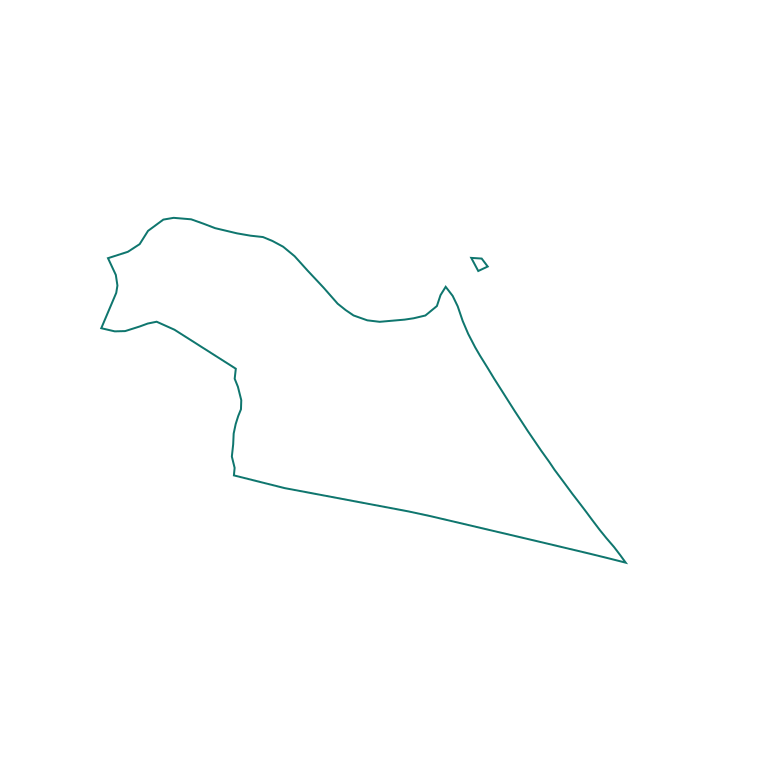 Balneário Barra do Sul, Santa Catarina, Brazil (Equal Earth projection), rotated 303°
{"feature_id": "56859067B13667370892418", "entity_name": "Balneário Barra do Sul", "entity_type": "district", "adm_level": 2, "iso_a3": "BRA", "parent_name": "Brazil", "parent_adm1": "Santa Catarina", "projection": "equal_earth", "projection_center": [-48.641, -26.454], "detail": "fine", "context": "isolated", "style": "outline", "palette": "teal", "viewbox_px": 768, "rotation_deg": 303, "n_neighbors": 0, "source": "geoboundaries", "source_scale": "gbopen_adm2", "svg_char_len": 1232}
<svg xmlns="http://www.w3.org/2000/svg" viewBox="0 0 768 768"><g transform="rotate(303 384 384)"><path d="M365.8,684.0L369.1,675.4L372.5,665.9L375.9,654.3L379.0,644.7L383.4,632.5L386.8,623.4L390.6,612.8L394.5,601.7L399.8,587.6L404.9,573.8L408.7,564.9L413.7,552.1L419.6,538.0L423.0,529.9L427.7,519.3L432.3,508.8L436.0,500.7L443.2,485.0L448.5,473.4L454.1,461.8L460.1,449.0L464.4,440.5L471.9,427.3L479.7,415.7L489.3,403.5L495.3,393.6L499.1,382.8L489.3,383.0L478.2,385.9L464.0,381.4L455.3,373.1L449.2,366.2L433.8,346.5L428.3,335.3L424.9,321.1L425.1,311.7L426.1,301.4L431.9,280.8L437.5,258.1L442.5,239.4L444.2,224.6L443.2,212.6L441.3,202.4L435.7,191.3L430.3,178.7L422.7,157.4L420.1,145.2L417.1,132.6L408.8,117.1L401.7,109.4L383.9,102.7L368.2,102.9L355.4,97.2L339.2,84.0L329.4,99.7L321.4,106.8L314.6,109.8L276.8,116.5L281.5,129.5L287.4,138.1L299.2,147.8L306.0,152.9L312.4,159.4L315.4,178.7L316.1,251.4L307.1,255.9L302.1,263.0L292.7,273.1L284.9,277.8L277.7,279.2L269.7,281.4L260.6,284.9L251.2,290.4L240.3,295.9L232.3,304.4L225.6,307.9L242.5,357.2L290.5,474.0L298.5,495.0L335.4,597.6L354.3,650.6L360.8,669.3L365.8,684.0ZM542.4,397.6L537.3,388.5L530.1,401.5L539.0,407.0L542.4,397.6Z" fill="none" stroke="#0f766e" stroke-width="2"/></g></svg>